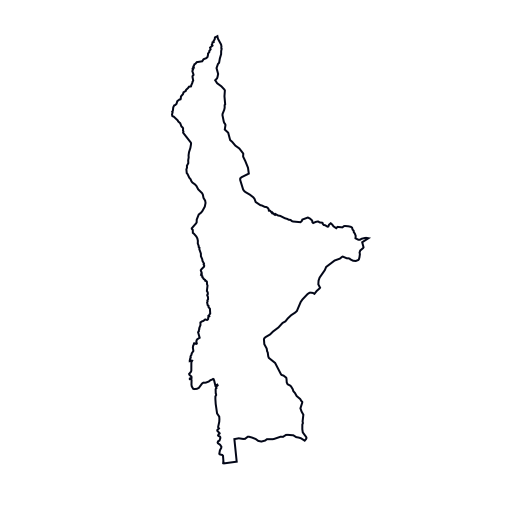 outline of Santa Rosa De Viterbo, Boyacá, Colombia, rotated 10°
{"feature_id": "7082276B66726044645643", "entity_name": "Santa Rosa De Viterbo", "entity_type": "district", "adm_level": 2, "iso_a3": "COL", "parent_name": "Colombia", "parent_adm1": "Boyacá", "projection": "orthographic", "projection_center": [-72.996, 5.904], "detail": "fine", "context": "isolated", "style": "outline", "palette": "ink", "viewbox_px": 512, "rotation_deg": 10, "n_neighbors": 0, "source": "geoboundaries", "source_scale": "gbopen_adm2", "svg_char_len": 6106}
<svg xmlns="http://www.w3.org/2000/svg" viewBox="0 0 512 512"><g transform="rotate(10 256 256)"><path d="M248.4,431.1L249.5,432.3L248.2,433.8L248.2,434.8L251.0,436.9L250.9,437.3L250.1,438.1L249.8,439.3L250.2,439.7L251.8,440.1L252.3,440.7L252.5,441.5L252.1,444.1L250.8,445.1L250.6,446.3L251.0,447.0L253.4,448.1L255.0,449.8L255.1,451.0L254.2,453.6L254.2,457.2L255.0,457.7L257.3,457.8L258.2,458.5L259.4,463.2L259.6,465.2L260.0,464.9L260.5,465.8L272.7,461.9L266.5,440.1L270.7,438.5L275.1,438.4L276.9,438.0L279.3,435.4L280.5,435.2L283.6,435.5L287.5,436.3L290.3,437.7L293.5,437.8L297.0,436.2L298.6,434.5L304.3,433.5L305.6,433.0L311.6,429.7L314.0,429.4L316.6,427.0L318.4,426.6L323.9,426.1L327.0,427.4L329.5,427.4L331.9,427.7L336.0,429.4L337.1,427.5L337.3,426.4L336.8,425.5L332.7,421.6L331.7,418.6L330.9,414.0L331.2,412.4L330.6,410.8L330.2,404.1L327.9,401.3L326.2,398.3L327.0,392.3L326.8,391.5L325.9,391.0L324.4,389.2L320.4,386.9L318.1,384.1L316.3,382.7L315.3,380.8L313.2,378.4L312.2,377.7L309.6,376.9L309.1,376.5L308.2,375.1L307.4,371.8L306.9,370.6L303.9,369.0L301.8,368.7L301.1,368.1L293.4,358.0L286.3,354.1L285.5,352.7L284.3,349.0L283.5,347.9L282.6,345.3L279.5,341.4L278.3,336.7L278.4,335.7L279.4,334.3L283.5,330.8L285.9,327.4L290.5,322.5L293.8,317.3L296.3,315.3L298.1,312.0L300.9,308.2L304.3,305.0L305.8,303.1L308.0,293.5L309.3,290.7L313.4,284.5L315.1,282.9L316.1,282.6L318.5,282.5L320.1,283.1L321.9,279.8L324.2,276.9L324.6,276.1L322.3,273.1L321.9,269.4L322.4,266.2L326.2,258.0L327.0,254.6L334.2,246.8L339.1,244.0L340.7,242.1L341.5,241.5L345.8,242.5L347.6,242.2L348.8,242.4L349.4,242.9L352.4,243.8L355.1,243.6L357.4,242.2L357.9,241.4L358.1,239.4L358.0,236.2L357.4,234.6L357.7,232.5L360.1,229.6L360.4,228.8L358.2,224.0L363.6,219.0L361.3,219.0L360.0,219.4L357.0,220.7L355.6,221.9L354.8,222.1L353.9,222.2L350.9,221.3L350.7,218.9L349.4,216.7L348.2,215.6L347.8,214.2L346.5,213.2L345.7,211.4L344.3,210.8L341.8,210.7L338.4,211.0L337.5,211.3L336.1,212.8L331.2,213.2L330.2,214.7L327.1,213.3L325.7,211.9L323.9,210.8L322.5,212.5L322.1,214.4L321.3,214.7L318.7,213.7L317.3,213.7L316.2,212.8L315.8,211.9L315.3,211.7L313.0,211.9L311.1,211.2L309.0,212.0L306.6,213.6L305.7,213.0L305.3,211.7L304.8,211.1L302.7,209.8L300.4,209.1L295.3,212.1L295.0,213.6L293.9,215.0L286.4,215.6L285.2,215.4L283.8,214.5L281.7,214.6L280.6,214.1L277.9,213.8L272.9,212.3L270.7,212.3L267.8,211.3L267.6,212.2L267.1,212.1L264.5,210.3L264.3,210.9L262.1,209.0L260.8,209.1L260.4,207.8L259.1,206.5L257.7,206.0L256.0,206.1L252.9,205.2L251.5,205.2L246.3,202.9L244.7,200.1L243.2,198.7L239.4,196.7L234.3,194.8L233.0,194.0L231.8,192.8L227.8,185.0L227.2,183.8L227.0,182.3L228.1,180.9L234.6,176.1L232.8,170.5L229.0,164.4L226.3,160.7L226.0,160.1L225.7,157.5L225.4,157.1L220.9,153.0L216.5,150.9L212.7,147.7L210.4,146.3L207.2,139.4L203.3,136.9L203.2,132.3L202.5,131.2L201.5,130.3L200.9,129.2L198.5,123.1L198.4,121.8L199.3,117.6L199.4,115.5L198.9,112.8L199.3,112.0L197.2,104.2L196.6,98.4L196.0,97.6L192.4,94.9L187.7,92.6L185.3,90.0L186.8,87.8L187.0,86.5L187.1,83.3L184.5,77.8L185.2,73.5L186.1,72.1L186.1,67.8L186.6,63.3L186.1,60.2L186.2,57.9L185.7,57.3L185.6,55.7L184.9,53.8L180.7,48.5L179.8,46.2L177.6,47.9L177.7,49.7L176.9,51.7L177.2,52.6L176.1,53.1L176.1,54.8L175.8,55.6L176.6,56.4L174.6,58.7L175.4,60.4L174.4,62.2L174.6,63.2L173.6,65.0L173.8,66.0L173.7,68.4L172.7,69.8L170.2,71.3L169.2,73.6L164.0,75.4L163.0,77.1L162.0,78.0L161.9,79.3L161.4,80.1L162.0,81.2L161.4,81.3L161.3,82.1L161.0,82.4L161.0,82.7L161.6,83.1L161.2,85.0L162.9,88.1L163.0,88.6L162.3,89.7L162.3,90.5L163.7,94.2L163.2,95.5L163.3,96.3L162.6,99.0L162.6,99.9L162.5,100.3L160.6,100.9L159.9,102.4L158.3,104.5L158.2,105.6L156.2,107.4L156.0,109.2L154.4,111.9L154.6,114.4L154.4,114.9L153.5,115.1L151.6,117.2L151.3,119.9L150.3,121.3L149.3,121.9L148.7,123.9L148.9,127.5L148.4,128.5L148.9,129.1L148.7,131.3L149.4,132.8L150.9,133.1L155.4,136.1L156.0,137.0L158.3,138.4L160.1,141.4L161.6,142.3L162.1,143.2L162.3,145.1L162.9,145.9L162.8,147.1L163.1,147.5L172.2,155.7L172.5,156.4L172.6,157.8L172.6,161.0L172.0,165.4L172.1,168.5L172.6,170.7L172.6,173.5L173.2,176.3L172.3,179.1L172.7,181.0L172.4,182.8L173.4,186.4L174.3,187.1L176.7,190.5L178.2,191.7L179.5,193.7L180.6,194.7L183.5,196.1L185.2,197.4L187.5,200.4L192.0,203.5L193.0,204.8L194.2,207.9L196.3,210.3L197.1,212.5L197.0,216.3L195.4,221.0L194.4,222.8L192.4,225.1L191.3,230.4L191.7,233.2L191.3,234.3L187.9,239.9L188.1,240.5L189.2,241.3L189.8,244.2L191.1,244.9L193.9,247.2L195.2,248.9L196.1,251.1L196.5,253.8L197.8,256.0L198.0,257.1L198.9,257.7L199.0,259.1L201.3,263.2L201.8,265.8L203.6,268.5L204.2,270.2L206.1,272.5L205.9,273.4L206.6,274.2L206.7,275.5L204.6,278.5L204.1,279.6L204.7,280.9L205.3,281.5L205.2,283.8L205.8,283.6L205.9,284.8L206.8,285.3L206.9,286.3L208.3,287.3L208.5,287.8L210.1,288.4L210.3,289.2L211.6,289.4L212.1,289.9L212.7,292.4L213.4,293.5L213.7,299.0L214.7,300.1L215.2,301.8L214.7,303.0L215.8,304.7L216.2,306.3L216.3,307.1L215.8,308.1L216.2,309.2L215.9,310.2L217.0,312.9L217.9,313.3L218.1,314.5L219.8,316.0L220.9,320.7L220.3,321.7L220.2,322.5L219.6,323.2L220.3,323.7L219.7,324.2L219.6,324.6L219.8,326.4L219.4,327.1L218.9,327.5L217.0,327.3L215.4,329.1L214.1,329.8L212.8,331.1L213.3,333.7L212.6,337.1L212.9,337.6L212.6,339.1L212.8,340.0L212.2,341.1L214.7,346.3L212.6,348.2L212.2,349.1L212.1,350.6L212.9,352.5L212.3,353.0L210.6,352.6L210.1,352.8L210.1,354.1L209.7,355.0L209.7,357.1L210.8,360.4L209.6,363.1L209.6,364.6L209.1,365.7L209.0,366.7L209.4,367.5L209.0,368.1L208.9,370.5L209.0,371.0L210.6,370.1L211.3,370.2L210.8,371.9L212.2,380.1L212.1,381.2L210.6,383.8L211.2,384.7L213.3,385.9L213.7,387.2L212.1,388.1L212.1,388.6L212.2,388.8L213.4,388.5L213.7,388.7L214.1,389.5L214.8,394.0L215.4,395.6L217.2,397.7L218.1,397.8L220.8,397.1L222.6,395.8L225.0,391.0L225.8,390.2L226.4,389.8L227.6,389.7L228.6,389.4L231.3,387.8L232.7,386.2L234.3,385.3L235.1,384.5L235.6,384.6L236.5,386.1L238.5,390.7L240.2,389.4L240.7,390.1L239.3,391.8L240.0,392.9L239.5,393.5L239.4,394.4L240.2,398.3L240.6,398.8L240.9,399.9L240.4,401.3L240.8,403.8L242.0,408.7L245.0,417.8L247.7,420.6L248.3,423.1L248.6,425.6L248.4,431.1Z" fill="none" stroke="#020617" stroke-width="2"/></g></svg>